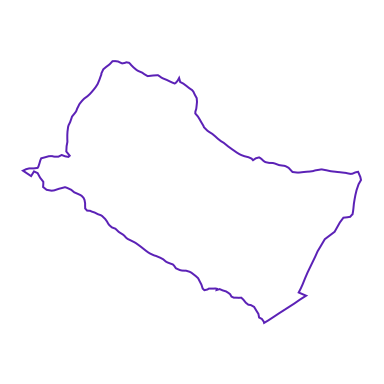 Kitutu Masaba, Nyanza, Kenya
{"feature_id": "3690345B6563140226542", "entity_name": "Kitutu Masaba", "entity_type": "district", "adm_level": 2, "iso_a3": "KEN", "parent_name": "Kenya", "parent_adm1": "Nyanza", "projection": "mercator", "projection_center": [34.893, -0.689], "detail": "fine", "context": "isolated", "style": "outline", "palette": "violet", "viewbox_px": 384, "rotation_deg": 0, "n_neighbors": 0, "source": "geoboundaries", "source_scale": "gbopen_adm2", "svg_char_len": 3861}
<svg xmlns="http://www.w3.org/2000/svg" viewBox="0 0 384 384"><path d="M358.1,171.8L356.2,172.2L355.1,172.5L352.4,173.7L350.6,173.9L347.9,173.4L345.8,172.9L343.0,172.6L339.7,172.2L337.5,172.0L335.1,171.7L333.1,171.5L330.6,171.2L327.9,170.6L326.6,170.3L324.9,170.0L321.8,169.4L320.6,169.5L319.0,169.8L315.7,170.3L314.5,170.6L313.0,171.1L310.0,171.5L308.9,171.6L307.1,171.7L302.9,172.1L299.7,172.5L298.0,172.6L296.7,172.5L292.5,172.0L289.7,169.0L288.9,168.1L287.9,167.4L285.6,166.2L284.3,165.8L282.6,165.6L279.1,165.1L277.2,164.4L274.8,163.5L272.9,163.0L269.1,162.9L265.8,162.2L264.8,161.8L263.4,160.8L261.4,158.9L260.3,158.1L259.1,157.4L255.8,158.3L253.0,160.2L251.6,158.6L248.4,157.2L244.4,156.2L241.4,155.1L239.5,154.2L236.7,152.5L234.0,150.6L232.4,149.5L229.5,147.4L228.1,146.4L226.9,145.4L223.7,142.8L221.0,141.2L217.8,138.7L216.6,137.6L215.3,136.4L212.3,133.9L209.1,131.9L207.4,130.7L204.0,127.3L203.4,125.8L201.2,122.1L199.8,119.6L197.9,116.5L195.3,113.5L195.4,111.5L196.2,109.0L196.4,107.6L196.6,105.8L197.0,101.9L196.7,98.1L194.8,94.7L193.4,91.7L192.1,90.1L189.3,88.2L187.9,87.1L186.4,85.9L183.3,83.6L180.2,82.0L179.1,78.0L177.7,80.6L175.7,82.9L174.7,83.5L172.6,82.7L170.4,81.7L166.7,79.9L163.2,78.5L161.4,77.6L159.5,76.2L157.9,75.2L153.1,75.5L151.3,75.7L148.8,76.0L147.6,76.1L144.2,74.1L143.1,73.3L142.1,72.6L139.5,71.5L138.1,70.9L136.6,70.0L134.8,68.5L133.4,67.3L131.1,65.0L130.3,64.0L129.1,62.8L126.4,62.3L124.8,62.9L122.2,63.4L120.5,62.7L118.1,61.5L115.1,61.1L112.5,61.2L110.5,63.4L109.6,64.3L108.6,65.1L106.3,66.8L103.3,69.3L101.4,73.4L101.3,74.6L100.3,77.2L99.8,78.7L99.2,80.3L97.6,84.1L95.6,87.2L94.2,89.0L91.8,91.9L89.8,94.1L87.5,96.2L84.2,98.6L83.0,99.8L81.8,101.1L80.1,103.2L79.3,104.3L78.0,107.0L77.2,108.5L76.4,110.7L75.9,111.7L75.0,112.9L72.0,116.6L71.5,118.2L70.1,122.2L68.6,125.2L68.1,126.9L67.5,131.5L67.4,133.2L67.3,135.0L67.3,138.8L67.4,141.9L66.6,146.1L66.3,151.5L69.7,155.7L68.4,156.9L65.1,156.3L61.7,155.0L58.3,156.7L54.8,156.7L53.5,156.5L52.0,156.1L48.9,156.2L45.0,157.3L41.2,158.3L40.3,160.4L39.5,163.2L38.4,166.6L37.6,167.9L33.8,168.4L31.1,168.4L29.2,168.4L26.1,169.2L23.0,170.7L31.1,176.1L34.0,171.4L35.9,172.3L37.6,173.1L40.1,177.7L43.3,181.8L43.3,183.8L43.1,187.0L46.6,189.8L51.6,190.7L54.1,190.4L56.5,189.6L59.2,188.7L60.9,188.3L65.0,187.2L66.6,187.7L68.0,188.3L71.2,189.8L74.2,192.3L77.9,193.9L80.3,195.0L81.6,195.8L83.5,197.8L84.5,199.9L85.1,203.3L85.1,205.5L85.2,208.5L87.1,210.6L90.1,210.8L91.8,211.6L94.6,212.5L97.9,214.2L100.8,215.2L102.1,216.0L105.2,219.0L107.0,221.5L108.1,223.5L108.8,224.5L109.5,225.3L111.9,227.4L115.4,228.7L117.6,230.8L118.6,231.8L119.8,232.6L123.0,234.6L124.4,235.8L125.9,237.5L126.8,238.3L127.8,239.0L131.1,240.6L134.5,242.3L136.0,243.2L138.1,244.7L139.6,245.8L141.2,247.0L144.1,249.3L146.0,250.8L148.2,252.4L150.0,253.5L153.2,255.0L154.4,255.5L155.9,255.9L158.5,257.0L160.2,257.7L163.2,259.3L165.9,261.6L167.4,262.4L170.2,263.5L172.8,264.4L174.1,265.7L175.9,268.3L179.7,270.0L181.2,270.4L182.6,270.6L186.1,270.7L189.7,271.8L191.4,272.7L193.6,274.4L194.9,275.4L195.8,276.1L198.1,278.2L199.7,281.3L201.4,284.6L202.7,288.6L204.4,290.2L207.4,289.5L208.9,288.6L213.0,288.6L215.6,288.5L216.9,288.8L216.6,290.0L219.6,289.1L222.7,290.4L226.0,291.4L228.4,292.9L230.1,294.2L231.5,296.6L233.9,297.7L236.6,297.7L238.7,297.8L241.3,297.7L243.3,299.6L245.8,302.7L248.3,304.7L250.9,305.1L254.1,306.9L256.2,310.4L258.4,313.9L259.1,317.5L261.8,318.9L263.8,321.7L264.1,322.9L268.3,320.4L274.7,316.2L278.9,313.4L294.2,303.6L300.1,299.5L306.1,295.7L298.7,292.5L300.8,288.4L302.6,284.4L305.1,278.2L307.6,272.4L315.1,256.9L317.6,251.3L320.6,246.3L324.8,239.2L334.6,231.8L339.9,222.4L343.4,217.7L347.1,217.3L350.2,216.8L351.7,215.0L352.5,214.4L353.0,211.7L353.4,208.6L353.9,203.6L354.5,199.8L355.4,195.0L356.6,190.0L358.6,184.2L361.0,180.0L360.3,176.9L358.1,171.8Z" fill="none" stroke="#5b21b6" stroke-width="2"/></svg>